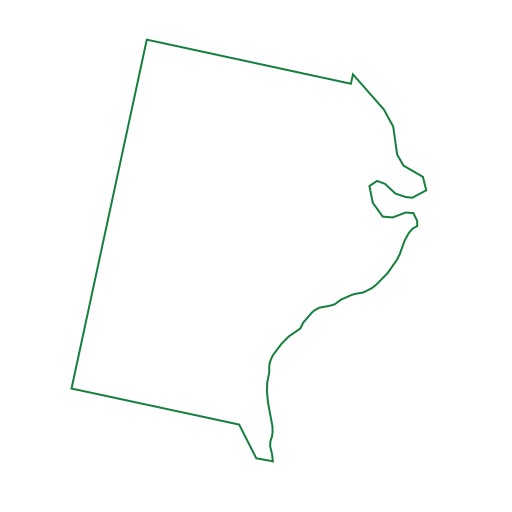 Gallatin, Illinois, United States of America (Equal Earth projection), rotated 12°
{"feature_id": "52423323B61374287211", "entity_name": "Gallatin", "entity_type": "district", "adm_level": 2, "iso_a3": "USA", "parent_name": "United States of America", "parent_adm1": "Illinois", "projection": "equal_earth", "projection_center": [-88.116, 37.745], "detail": "fine", "context": "isolated", "style": "outline", "palette": "green", "viewbox_px": 512, "rotation_deg": 12, "n_neighbors": 0, "source": "geoboundaries", "source_scale": "gbopen_adm2", "svg_char_len": 916}
<svg xmlns="http://www.w3.org/2000/svg" viewBox="0 0 512 512"><g transform="rotate(12 256 256)"><path d="M103.1,424.0L274.6,424.4L298.3,453.8L315.2,453.3L312.8,446.3L309.4,439.2L308.6,434.1L309.2,429.0L308.8,424.5L307.5,419.2L298.3,397.1L294.7,385.6L293.3,377.3L293.1,366.7L291.8,360.7L291.7,356.9L292.5,352.0L293.5,348.8L299.2,336.6L304.7,328.0L314.4,317.7L316.1,311.2L322.5,299.6L324.8,296.7L328.9,293.3L338.3,289.4L342.9,287.0L348.2,281.0L356.8,274.8L360.3,272.7L368.5,269.4L376.2,263.2L379.9,258.6L388.3,245.3L394.7,230.3L396.2,224.5L398.1,210.4L400.7,201.6L403.6,196.5L407.5,193.2L406.3,188.1L401.0,181.3L393.3,182.4L381.6,189.9L371.7,191.1L359.2,179.7L352.4,164.0L358.8,157.4L367.2,158.6L379.3,165.9L390.0,167.2L396.8,166.5L408.9,156.3L402.8,143.9L381.6,137.0L373.0,127.5L363.3,100.9L350.7,86.2L313.1,58.2L313.0,67.8L104.3,67.1L104.2,67.9L103.1,424.0Z" fill="none" stroke="#15803d" stroke-width="2"/></g></svg>